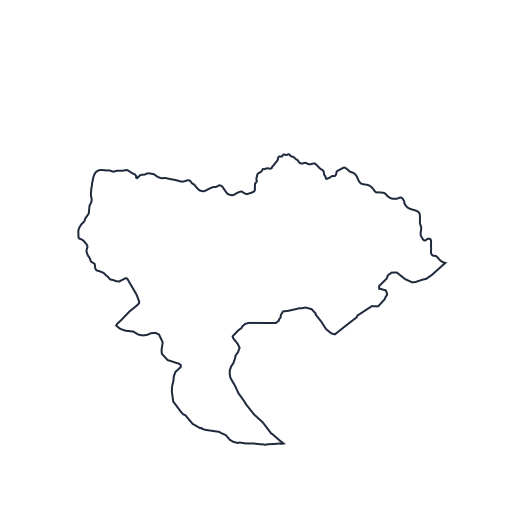 outline of San Juan Sacatepéquez, Guatemala, rotated 52°
{"feature_id": "79465075B9598749560130", "entity_name": "San Juan Sacatepéquez", "entity_type": "district", "adm_level": 2, "iso_a3": "GTM", "parent_name": "Guatemala", "parent_adm1": "", "projection": "orthographic", "projection_center": [-90.67, 14.779], "detail": "fine", "context": "isolated", "style": "outline", "palette": "slate", "viewbox_px": 512, "rotation_deg": 52, "n_neighbors": 0, "source": "geoboundaries", "source_scale": "gbopen_adm2", "svg_char_len": 6147}
<svg xmlns="http://www.w3.org/2000/svg" viewBox="0 0 512 512"><g transform="rotate(52 256 256)"><path d="M91.4,328.5L91.3,330.2L91.5,331.1L91.9,332.5L93.5,335.2L94.0,335.9L97.4,339.9L97.8,340.6L98.5,341.1L99.6,341.9L100.7,343.5L101.3,344.1L105.9,348.3L107.7,349.4L109.8,350.3L110.8,351.2L111.4,351.7L112.4,352.9L112.7,353.7L113.5,355.5L113.9,356.2L115.0,357.3L119.1,361.2L119.7,361.9L120.7,365.4L121.0,366.4L121.5,367.6L121.9,368.3L122.4,368.9L123.1,370.5L123.3,371.9L123.4,373.4L123.6,374.5L124.5,376.9L125.8,379.4L126.5,380.2L128.1,381.5L131.2,383.8L132.9,384.7L133.8,384.3L135.1,383.5L136.2,383.0L136.9,382.8L137.7,382.6L139.0,382.4L141.2,382.4L142.8,382.4L143.6,382.5L144.8,383.0L145.5,383.7L146.7,385.6L147.6,386.4L148.7,387.1L149.4,387.3L152.3,388.2L154.9,388.3L156.0,388.5L157.7,389.2L158.5,389.5L159.4,389.3L161.8,388.3L163.2,388.1L163.9,388.5L166.0,389.9L166.8,390.2L167.8,390.5L168.9,390.5L170.0,390.0L171.5,388.8L172.8,388.0L175.1,386.7L176.0,386.4L177.3,386.3L179.0,386.1L180.1,385.8L181.1,385.5L182.0,385.5L184.0,385.4L184.8,385.2L185.4,384.8L186.0,384.2L187.5,383.0L188.2,382.6L189.0,382.3L191.8,379.7L193.2,372.5L194.5,371.4L212.9,373.9L220.2,376.2L221.3,377.4L221.7,380.7L221.8,389.7L223.6,402.2L223.9,406.8L224.7,409.0L229.1,408.1L231.9,406.6L234.9,404.5L240.0,399.2L245.5,397.1L248.3,394.7L249.5,393.2L251.1,390.4L252.3,386.0L254.9,382.4L258.2,380.8L266.6,382.7L272.0,388.4L275.1,390.4L283.7,389.7L286.2,387.9L291.7,384.3L292.6,383.4L295.6,382.4L297.2,383.7L297.7,390.7L300.0,394.6L303.5,397.9L307.0,402.3L310.6,405.5L319.7,410.8L332.8,411.1L336.1,410.8L337.9,409.7L349.3,409.3L357.3,406.0L357.7,405.0L359.3,404.7L362.0,402.8L371.9,393.3L374.0,392.5L378.5,390.1L384.7,389.8L388.5,388.3L392.3,385.3L392.8,383.8L397.3,379.6L402.6,372.9L405.1,370.5L407.9,367.5L408.8,366.3L410.4,365.1L411.6,362.6L415.9,356.6L417.9,353.3L419.3,352.1L420.7,349.7L416.6,350.8L406.2,352.8L405.5,353.3L391.5,353.1L379.5,355.1L366.6,355.2L363.0,354.7L353.1,354.3L345.7,352.5L336.4,351.2L333.1,349.6L330.0,347.1L327.7,343.5L326.4,339.6L323.7,335.5L321.9,333.4L320.7,329.4L318.2,325.4L313.8,324.5L306.8,324.6L304.9,323.9L303.7,316.1L303.8,311.5L303.1,310.4L302.8,306.7L304.1,303.1L315.7,288.4L321.0,281.6L321.0,277.9L320.0,276.6L319.7,274.6L317.8,272.7L316.3,268.9L319.2,264.1L323.3,255.3L323.9,253.9L325.2,252.4L327.1,248.7L332.1,244.9L337.9,244.4L338.8,245.0L348.3,245.0L356.5,245.8L363.1,244.4L366.3,242.1L366.2,225.9L366.3,214.4L365.4,212.7L366.8,195.7L370.9,190.7L369.3,181.3L367.8,178.6L367.7,177.3L366.5,176.0L363.1,174.9L358.5,178.2L357.7,179.1L355.4,177.4L354.3,167.0L352.4,163.9L352.6,159.3L355.7,155.2L366.1,152.7L373.0,149.1L374.6,146.6L377.1,139.5L378.8,135.9L379.2,129.2L378.0,111.1L376.6,112.1L375.4,112.8L373.1,113.5L371.5,113.7L367.9,113.9L366.5,114.4L365.2,115.9L364.1,116.6L363.0,116.6L362.1,116.5L361.2,116.2L357.8,113.3L354.9,111.2L352.3,109.1L351.4,108.5L350.4,108.2L349.4,108.6L348.7,109.3L348.1,110.2L348.0,111.2L348.1,112.0L347.8,113.4L347.2,114.0L346.0,114.2L344.8,114.1L343.6,114.0L341.4,113.5L340.2,112.9L339.3,112.2L336.5,109.3L335.1,108.2L334.0,107.7L333.3,107.5L331.4,106.8L330.7,106.4L325.9,102.5L324.3,101.5L322.6,100.9L321.4,100.9L320.3,101.3L319.3,101.7L317.6,102.8L315.3,104.5L312.7,106.1L311.2,106.7L309.8,106.9L309.0,107.0L307.2,106.8L306.0,106.6L305.3,106.4L304.3,105.6L302.3,105.3L301.2,105.2L300.1,105.3L299.1,105.8L298.4,106.9L297.8,109.2L297.3,110.2L295.4,112.6L294.5,113.5L293.6,114.1L292.5,114.7L290.2,115.4L286.3,115.8L285.1,116.3L284.3,117.0L283.4,118.0L282.3,119.0L281.6,119.9L280.4,121.5L279.9,122.1L278.9,122.4L278.1,122.5L274.9,122.4L272.9,122.6L271.0,123.0L270.0,123.5L268.6,124.4L264.8,127.9L263.5,128.6L262.5,128.8L261.5,128.9L260.1,128.8L257.4,128.1L255.0,127.6L252.4,127.5L251.2,127.8L250.3,128.2L247.8,129.8L247.1,130.1L244.8,130.5L241.9,131.2L240.8,131.8L240.3,132.7L240.0,134.0L239.6,136.7L239.1,139.2L239.1,140.3L240.8,142.5L241.3,143.4L241.5,144.2L241.1,145.4L240.2,146.2L239.8,147.1L239.6,149.7L238.8,152.8L238.1,153.3L237.2,152.8L235.9,152.3L234.5,152.3L233.5,152.0L232.2,151.3L231.6,150.9L230.2,150.5L228.7,150.8L227.6,151.4L226.4,151.7L221.8,152.2L220.5,152.4L219.3,152.7L218.3,154.1L217.4,156.3L217.0,157.0L216.4,157.7L215.5,158.4L214.5,158.8L213.5,159.3L212.8,160.0L212.3,160.9L211.7,162.4L211.0,163.4L210.3,164.0L209.5,164.2L208.5,164.4L206.3,164.2L205.5,164.4L204.8,164.8L203.3,165.1L201.4,165.4L198.7,167.1L197.8,167.2L196.8,167.2L195.8,167.7L195.5,168.6L195.4,169.4L195.0,170.1L193.2,171.4L192.9,172.4L193.6,174.2L193.0,175.2L192.0,176.1L191.8,177.3L192.5,178.4L193.2,179.1L193.7,179.9L194.2,181.2L194.6,183.5L195.2,185.4L195.4,186.4L195.5,187.8L196.4,189.6L196.0,191.0L194.5,192.4L193.6,193.5L193.1,194.7L192.8,195.8L192.0,196.7L191.7,197.4L192.3,198.4L192.7,199.8L192.7,200.9L192.5,201.7L192.3,202.8L192.3,203.5L192.4,204.4L193.3,205.7L195.4,208.2L196.7,208.9L197.4,209.1L198.2,210.7L198.2,211.8L199.2,213.0L203.0,216.0L203.7,216.9L203.9,217.8L203.8,218.8L203.4,220.5L202.0,224.2L201.5,225.2L200.5,225.9L198.9,226.8L197.6,227.1L196.6,227.5L195.8,228.4L195.3,229.6L194.7,232.0L194.4,233.9L194.3,235.5L193.8,236.8L193.2,237.7L190.7,239.6L190.0,239.9L189.2,240.2L186.4,240.2L181.7,239.9L180.4,239.9L179.7,240.0L178.7,240.5L177.9,241.2L177.5,242.0L177.1,244.6L176.7,245.4L175.8,246.6L175.4,247.3L174.9,248.4L174.3,250.9L174.0,252.2L173.6,254.6L173.1,256.9L172.4,257.8L171.7,258.5L169.9,259.9L168.6,260.3L166.5,260.6L164.6,260.7L161.9,260.7L160.9,261.0L159.7,261.6L156.1,261.7L155.1,262.3L154.3,263.2L153.9,263.9L153.3,265.9L152.8,267.0L152.5,267.6L151.7,268.6L150.7,269.6L146.5,272.7L144.5,274.5L142.0,276.7L139.5,278.8L138.6,279.6L138.0,280.3L137.5,281.3L136.8,282.2L136.2,282.9L134.3,284.1L133.5,284.6L132.1,285.1L129.4,285.9L128.6,286.2L125.7,288.7L124.9,289.6L123.8,291.2L123.4,293.5L121.4,296.4L121.0,298.1L121.4,300.4L121.4,301.9L120.4,302.2L119.6,301.3L117.7,301.2L116.7,301.4L115.1,302.3L114.0,302.8L112.9,303.2L109.3,304.4L108.7,304.9L108.0,306.1L106.9,308.2L106.5,308.9L103.3,313.0L102.6,314.4L102.4,315.2L101.7,316.5L100.9,317.2L99.9,317.7L98.8,318.5L97.6,319.7L96.1,321.6L93.9,323.9L92.6,325.4L91.6,327.4L91.4,328.5Z" fill="none" stroke="#1e293b" stroke-width="2"/></g></svg>